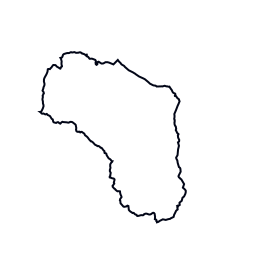 outline of Brazii, Arad, Romania, rotated 51°
{"feature_id": "2599482B77583369743499", "entity_name": "Brazii", "entity_type": "district", "adm_level": 2, "iso_a3": "ROU", "parent_name": "Romania", "parent_adm1": "Arad", "projection": "natural_earth1", "projection_center": [22.316, 46.199], "detail": "fine", "context": "isolated", "style": "outline", "palette": "ink", "viewbox_px": 256, "rotation_deg": 51, "n_neighbors": 0, "source": "geoboundaries", "source_scale": "gbopen_adm2", "svg_char_len": 5849}
<svg xmlns="http://www.w3.org/2000/svg" viewBox="0 0 256 256"><g transform="rotate(51 128 128)"><path d="M154.9,173.3L155.6,172.9L155.7,172.6L155.8,172.5L156.9,172.1L157.9,171.3L158.1,171.0L158.3,170.9L158.6,170.9L159.0,170.8L159.4,170.8L159.7,171.0L160.0,171.3L161.4,173.3L161.8,173.5L162.3,173.5L162.6,173.7L162.7,174.4L163.1,175.5L163.1,175.9L163.2,176.3L163.6,176.4L163.8,176.6L164.0,176.9L164.5,176.9L166.5,176.8L167.2,176.5L167.7,176.5L167.9,176.5L168.2,176.6L168.8,176.4L169.1,176.4L170.0,176.2L170.6,176.0L170.9,175.5L171.4,174.8L172.2,174.1L173.4,174.9L174.8,175.6L177.1,176.2L177.7,176.6L178.2,178.7L179.1,179.8L179.5,179.7L181.9,181.2L183.2,181.1L186.2,181.0L186.9,180.5L188.0,178.5L187.9,177.8L188.0,177.3L188.9,176.8L192.2,178.9L193.3,178.9L194.6,178.7L195.6,178.3L196.9,178.0L197.2,177.4L197.6,177.0L199.3,176.9L200.5,176.3L200.8,176.0L201.3,176.2L202.1,176.2L202.5,175.8L203.1,174.7L203.5,173.7L203.9,172.8L204.6,171.9L205.2,171.4L205.4,170.6L205.1,169.7L205.3,169.3L205.5,168.4L206.3,167.4L208.3,166.2L209.0,165.5L209.4,164.4L209.5,162.8L209.7,161.8L210.4,161.3L211.4,161.3L214.0,162.8L215.8,164.5L216.7,163.9L217.5,163.9L217.7,164.2L218.3,164.6L218.9,164.3L219.5,164.8L219.7,164.4L220.1,163.3L220.1,162.0L220.4,160.7L220.9,158.4L223.2,156.5L224.1,154.3L225.1,152.4L225.1,151.5L225.4,150.3L225.8,148.5L224.5,146.8L223.4,144.3L222.7,143.0L222.5,141.8L222.6,140.9L222.4,140.5L221.3,140.0L220.6,139.5L220.6,138.9L219.5,138.8L219.6,138.2L220.2,137.2L220.4,136.4L219.8,135.8L218.6,135.2L218.4,134.6L218.4,132.1L216.5,129.5L216.5,127.5L215.2,124.8L214.1,123.4L212.9,122.5L211.3,122.5L208.9,122.9L206.9,119.7L201.5,118.9L200.0,119.3L199.2,119.2L198.4,119.5L197.2,119.1L196.4,117.5L195.1,114.6L192.9,113.1L192.5,112.9L191.9,112.7L191.1,112.8L190.4,113.0L186.3,111.3L184.3,110.1L182.2,109.7L181.3,109.2L180.3,106.6L176.1,102.5L173.9,99.6L170.6,98.2L170.6,96.8L169.5,95.7L167.0,95.1L165.6,94.2L165.0,93.8L164.8,92.9L164.5,92.6L162.8,92.9L161.0,92.4L159.9,92.3L159.2,91.6L159.0,91.1L156.8,89.9L156.0,90.0L155.0,89.7L154.1,89.3L153.4,88.7L153.0,88.5L152.6,87.8L151.8,87.4L151.3,86.7L150.3,86.5L149.8,86.2L149.4,85.6L148.0,84.3L146.3,83.2L144.4,79.6L141.9,75.3L141.3,74.0L139.7,71.1L139.0,70.9L138.8,70.9L138.1,70.5L137.8,70.4L137.3,70.4L136.4,70.7L136.1,70.8L133.1,70.6L132.8,71.3L132.6,71.4L132.4,71.3L132.3,71.2L132.2,70.9L132.3,70.7L132.2,70.4L131.3,69.8L130.8,69.8L129.7,70.4L128.9,70.7L127.8,70.6L126.0,70.1L125.1,70.1L123.7,70.0L121.9,69.8L121.5,70.5L120.2,71.4L119.8,72.0L118.3,72.9L117.6,74.5L117.5,74.9L117.0,75.4L113.8,79.6L112.5,79.9L110.9,81.4L110.0,81.9L108.9,82.3L107.5,83.0L105.2,83.3L100.7,84.2L99.1,84.9L94.9,87.0L90.9,88.2L90.2,88.3L89.2,88.7L88.0,89.1L83.6,91.1L78.4,92.0L77.6,91.9L76.5,92.2L75.7,92.6L74.4,93.0L73.5,93.0L73.0,92.9L70.5,93.2L68.7,93.1L69.4,99.3L65.2,101.6L64.0,102.5L62.7,104.1L62.3,106.5L61.5,107.8L60.6,108.3L58.0,109.1L57.7,109.9L58.2,110.7L59.2,111.8L59.1,112.7L58.2,112.9L56.8,112.1L56.0,111.0L55.3,110.7L54.5,110.6L53.0,111.4L51.4,112.4L50.1,114.2L49.7,114.3L48.1,114.2L47.4,114.3L46.2,115.0L45.8,115.0L45.5,114.9L45.3,114.0L45.0,113.9L44.6,115.1L43.1,115.5L42.6,115.9L41.9,116.2L41.4,116.8L40.5,116.8L40.2,117.1L39.5,117.2L38.9,117.7L38.4,118.7L38.2,119.3L36.9,121.0L36.5,121.3L35.8,121.6L35.3,121.9L34.3,123.7L34.1,124.0L33.5,124.3L33.0,125.0L32.9,125.6L32.8,126.2L32.5,126.8L32.2,127.3L31.6,127.9L31.1,128.9L30.2,131.2L30.2,132.3L30.6,133.1L31.3,134.0L31.6,135.0L31.0,136.4L32.0,136.5L32.4,136.7L34.4,137.6L35.0,138.1L35.5,138.7L36.0,139.1L37.3,140.0L38.1,140.2L38.6,140.6L38.6,141.2L38.6,142.0L38.9,142.3L39.3,143.2L39.1,143.4L36.9,144.1L36.0,144.5L35.3,144.7L34.2,144.7L33.5,144.8L32.1,146.3L32.0,146.7L32.5,148.6L32.8,149.5L32.8,150.5L33.1,151.6L31.9,152.9L31.9,153.4L33.3,154.8L34.0,155.8L35.0,157.7L36.4,161.2L37.3,162.7L38.3,163.5L38.8,164.0L39.6,164.4L40.8,164.9L41.6,165.5L42.1,166.0L42.6,166.8L42.9,167.5L43.4,168.3L43.9,168.8L45.2,170.9L45.7,171.0L46.4,170.9L47.4,171.2L48.1,171.6L48.1,172.1L48.5,172.5L48.8,173.1L49.0,173.8L49.5,174.2L50.3,174.6L51.6,176.2L52.4,176.8L53.6,177.3L55.5,178.7L56.7,179.1L57.9,179.9L59.2,181.9L60.4,184.4L60.6,185.6L60.2,186.2L60.9,186.0L62.1,186.0L62.5,185.9L62.9,185.7L63.2,185.0L63.5,184.6L65.0,183.9L65.4,183.7L65.8,183.0L65.8,182.6L65.9,182.3L66.4,182.2L67.4,182.2L68.7,181.5L69.4,181.3L69.8,181.1L70.3,181.2L71.0,181.3L72.6,181.5L73.0,181.5L73.3,181.4L73.8,181.1L74.3,181.2L74.8,181.5L75.2,181.8L76.2,182.1L76.7,182.2L77.9,181.4L78.8,180.7L78.9,180.4L78.9,180.0L79.1,179.2L79.4,178.8L79.7,178.5L80.7,178.4L81.8,178.0L82.0,177.9L82.0,177.4L81.8,176.7L81.8,175.9L81.9,175.1L82.6,174.6L83.1,174.1L84.9,172.2L85.5,171.7L86.4,170.9L86.8,169.7L86.8,169.3L87.0,168.9L87.6,168.2L88.2,167.7L88.6,167.5L92.0,166.7L92.7,166.7L93.1,166.9L93.4,167.1L95.3,168.1L95.8,168.6L96.2,168.9L96.4,169.3L97.7,170.0L98.5,170.0L99.3,169.4L99.6,169.3L99.7,169.1L99.8,168.7L100.0,168.5L100.2,168.1L100.7,167.9L101.2,168.0L101.4,167.9L101.5,167.5L101.5,166.9L101.6,166.7L102.0,166.3L102.5,166.2L104.9,165.5L106.3,165.9L106.9,165.9L107.4,165.7L108.0,165.6L108.8,165.4L109.3,165.3L110.8,165.3L112.3,165.4L114.1,165.3L115.0,165.2L115.1,164.9L115.3,164.8L117.1,164.3L117.9,164.3L118.6,164.2L119.9,164.2L120.9,163.9L121.5,163.5L121.8,163.3L122.8,163.2L123.1,162.9L123.2,162.7L123.5,162.2L124.6,161.8L126.0,161.7L126.5,161.4L126.7,161.1L127.2,161.0L130.2,161.1L130.9,160.9L131.2,160.9L131.9,161.4L132.2,161.7L132.5,161.9L132.8,161.9L133.3,161.4L133.8,161.1L134.3,161.1L134.6,161.1L135.4,161.6L136.4,161.8L139.1,162.1L139.5,162.1L141.1,161.5L143.6,161.4L143.8,161.3L144.0,161.1L144.1,161.4L144.3,161.6L144.4,162.9L144.9,164.3L145.0,164.6L146.5,165.9L147.8,166.6L148.1,166.9L149.0,168.3L150.0,169.2L150.3,169.2L150.6,169.4L151.9,169.6L152.3,170.0L152.8,170.7L153.3,171.1L153.4,171.4L153.8,171.7L154.2,172.7L154.4,173.0L154.9,173.3Z" fill="none" stroke="#020617" stroke-width="2"/></g></svg>